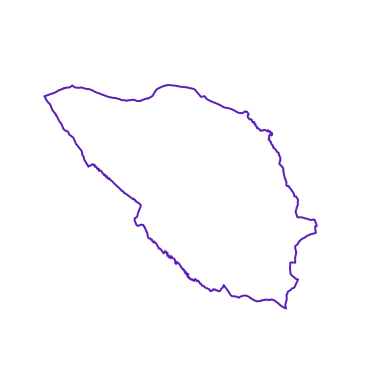 the district of Mbozi, Mbeya, United Republic of Tanzania, rotated 340°
{"feature_id": "72390352B44769786141856", "entity_name": "Mbozi", "entity_type": "district", "adm_level": 2, "iso_a3": "TZA", "parent_name": "United Republic of Tanzania", "parent_adm1": "Mbeya", "projection": "equal_earth", "projection_center": [32.882, -8.972], "detail": "fine", "context": "isolated", "style": "outline", "palette": "violet", "viewbox_px": 384, "rotation_deg": 340, "n_neighbors": 0, "source": "geoboundaries", "source_scale": "gbopen_adm2", "svg_char_len": 6075}
<svg xmlns="http://www.w3.org/2000/svg" viewBox="0 0 384 384"><g transform="rotate(340 192 192)"><path d="M228.8,95.7L222.4,91.6L217.3,89.2L212.1,86.1L206.3,83.3L202.2,82.8L199.3,82.8L194.0,83.4L191.6,85.0L187.9,88.2L182.5,89.2L181.7,88.6L176.0,88.6L174.4,88.9L171.1,87.4L169.5,85.8L168.4,85.3L164.7,84.3L161.6,83.8L160.6,83.0L157.3,81.5L155.5,79.8L154.3,79.1L152.0,77.3L150.5,76.8L146.5,74.4L144.5,72.8L135.5,65.1L133.0,62.2L130.7,60.3L128.9,59.3L128.0,59.1L123.9,56.0L120.6,55.2L118.1,53.9L116.6,52.3L116.0,51.0L112.8,51.8L108.1,50.7L108.2,50.9L101.8,50.9L97.4,51.7L86.2,51.6L86.6,55.5L87.3,58.2L88.7,61.3L88.8,67.1L90.2,71.4L90.5,73.3L90.7,73.2L91.5,79.8L92.7,84.2L92.7,88.3L92.9,89.2L93.8,90.8L95.5,92.2L96.1,93.1L96.4,96.2L99.1,100.4L99.4,107.1L100.4,109.6L100.9,111.1L100.9,111.7L102.0,114.4L102.3,117.1L101.7,119.1L102.2,122.0L101.9,123.6L101.8,124.7L103.3,132.5L104.1,132.0L105.1,132.7L107.6,131.8L108.3,132.1L108.7,133.2L109.6,133.1L109.9,134.1L109.6,135.1L110.6,135.4L110.7,137.4L111.2,138.0L111.6,137.7L112.0,137.9L112.3,138.4L112.3,138.9L111.7,139.6L111.9,140.3L112.5,140.5L112.8,140.3L113.6,140.7L114.1,141.7L114.1,143.1L115.2,144.8L115.0,145.7L115.6,146.0L115.8,146.7L116.2,146.6L116.2,147.6L116.7,148.7L117.1,148.0L117.4,148.3L117.3,149.5L117.7,150.1L117.6,150.6L118.2,151.2L118.8,150.9L119.0,152.0L119.4,152.3L119.7,153.1L120.6,154.6L122.1,158.1L125.4,164.3L125.7,165.3L126.3,166.2L126.4,166.9L127.5,167.8L128.0,169.9L129.0,170.7L134.1,178.5L134.8,178.4L135.2,179.5L135.7,179.9L135.8,181.0L136.3,181.4L136.3,182.0L136.8,182.5L137.1,183.2L138.3,184.3L139.1,186.0L139.3,186.7L139.2,187.3L138.6,188.2L134.3,193.0L132.0,196.4L131.2,196.8L129.4,196.9L128.6,198.3L128.3,199.5L128.5,201.9L128.5,203.7L129.5,205.4L132.8,205.2L134.9,206.3L135.0,207.9L135.5,208.3L135.6,208.9L135.4,210.1L135.8,212.7L135.5,213.4L135.9,214.3L135.9,216.1L135.2,218.4L135.2,219.8L135.7,220.9L137.1,221.7L137.2,222.6L137.9,222.9L138.1,223.9L137.9,224.8L138.5,225.4L138.8,226.4L139.3,226.4L139.7,226.0L140.5,227.6L141.1,229.8L141.1,231.1L141.5,232.1L141.4,233.7L142.3,233.9L143.1,235.3L144.0,238.7L144.3,239.3L144.8,239.2L144.8,239.8L145.2,239.7L146.4,238.5L146.6,238.8L146.5,239.3L146.7,239.6L147.2,239.6L147.1,240.0L147.5,241.0L147.9,241.0L147.6,241.8L147.3,241.8L147.3,242.3L147.6,242.5L147.2,243.2L148.3,243.6L148.4,243.8L147.8,245.0L148.0,245.3L148.5,245.1L148.7,246.0L149.1,246.5L150.0,245.5L150.1,245.8L150.9,245.9L150.7,247.2L151.3,247.5L152.5,248.9L152.8,250.3L151.9,253.0L152.2,253.8L152.5,254.1L152.8,253.9L153.0,253.0L154.0,252.6L154.3,252.9L154.2,253.3L154.8,254.5L155.5,255.3L155.9,258.2L156.3,258.7L156.2,259.4L156.7,260.7L157.3,261.2L157.1,262.0L157.3,262.3L157.7,262.2L157.9,262.8L157.7,264.5L157.9,264.8L158.2,264.7L158.1,265.4L158.5,265.5L158.1,265.9L158.1,266.3L158.6,267.0L158.7,267.7L158.9,267.8L159.4,267.3L159.6,267.9L159.8,267.9L160.1,267.6L160.3,267.8L160.2,268.3L159.3,268.9L158.8,269.8L159.2,270.3L159.8,270.2L159.9,270.5L159.4,271.1L159.8,271.6L159.8,272.1L160.3,272.4L160.4,272.8L160.9,272.8L161.1,273.8L161.7,274.0L162.1,274.6L162.6,274.4L163.1,275.7L163.8,275.6L164.0,276.0L164.7,275.2L164.9,275.4L165.2,275.2L165.6,276.2L166.0,276.4L166.1,276.9L166.3,276.7L166.9,277.6L167.6,277.7L167.6,278.4L168.0,279.0L168.1,280.5L169.0,281.3L169.4,283.3L170.8,284.2L171.5,286.0L172.9,287.5L174.5,288.8L175.3,290.5L175.2,291.0L175.4,291.2L176.0,291.0L176.3,291.5L177.5,291.6L178.5,290.8L179.1,290.8L179.5,291.3L180.2,291.4L181.2,292.8L181.9,292.9L182.2,293.5L183.4,294.5L184.8,294.4L186.4,293.0L188.3,292.2L189.5,290.7L190.0,290.5L191.2,294.8L191.7,295.9L193.0,302.0L193.9,303.6L197.4,305.1L199.9,307.3L201.4,306.9L203.6,306.9L205.1,307.0L207.2,307.7L209.1,309.4L211.8,313.1L213.8,315.5L215.7,316.9L218.8,317.9L220.5,317.6L221.0,317.9L223.0,318.0L223.5,318.5L224.3,318.3L225.6,318.7L226.3,319.5L227.4,319.9L228.5,320.1L228.6,319.9L230.3,320.4L232.7,322.4L233.3,323.8L234.6,325.3L235.8,327.9L237.6,330.5L239.4,332.7L240.5,333.3L240.8,330.8L241.7,328.9L243.8,326.1L244.8,323.9L245.7,320.9L247.2,319.7L247.6,318.7L251.6,317.6L252.9,316.9L255.5,316.8L261.6,310.6L260.8,309.6L259.8,309.0L259.3,307.8L257.5,305.1L256.6,302.7L257.4,299.5L258.2,296.7L260.2,292.1L261.0,292.1L264.8,293.6L266.5,288.9L269.2,284.7L270.0,278.9L270.7,278.2L273.7,277.0L275.2,275.5L278.7,273.8L283.5,273.2L284.3,272.7L288.6,272.3L294.1,272.8L294.4,272.6L295.4,267.9L296.0,266.5L297.5,266.6L297.8,265.4L297.7,260.1L296.9,259.9L296.7,259.4L293.7,258.8L291.6,256.9L289.4,255.6L288.4,254.7L286.7,253.5L283.9,252.3L283.2,252.2L282.6,251.9L282.4,251.3L282.6,246.2L283.0,245.2L284.1,244.1L284.9,242.6L287.3,240.0L287.7,238.2L288.1,237.1L288.8,236.3L289.0,235.3L288.1,231.6L286.9,231.2L286.8,230.6L287.1,228.4L286.8,227.6L286.7,226.2L285.5,222.0L285.1,221.4L285.1,219.9L284.5,219.3L283.2,218.8L283.1,217.4L283.5,216.1L284.1,215.3L284.2,214.3L283.9,213.1L284.2,211.2L284.0,210.2L284.8,204.3L285.8,200.8L285.0,197.9L284.7,197.8L283.9,196.1L283.9,195.0L285.3,192.9L285.9,192.6L286.0,191.6L286.6,190.5L286.8,189.7L286.6,189.2L286.6,187.5L286.4,187.5L286.3,187.0L286.8,185.1L286.3,184.1L285.6,183.4L285.1,180.4L283.9,178.9L283.9,178.0L283.7,177.9L283.5,177.1L283.8,176.9L283.8,176.3L283.0,173.7L283.2,172.9L283.0,172.3L283.2,171.6L282.6,170.5L282.0,168.8L282.2,168.3L283.0,168.0L283.5,165.8L284.8,164.9L285.6,165.0L286.2,166.0L286.5,165.9L287.3,164.7L287.2,164.1L286.4,164.3L286.2,163.2L285.7,162.6L286.3,162.0L286.0,161.6L285.3,161.6L284.7,161.3L284.6,160.8L284.7,160.3L284.5,160.0L283.4,160.4L281.7,158.6L279.8,158.2L279.6,158.4L278.7,157.9L277.8,158.2L276.9,157.2L276.9,156.2L276.2,154.9L275.1,154.5L275.0,153.8L275.2,153.4L275.2,152.8L274.7,152.1L274.4,150.9L274.8,149.8L273.9,149.1L273.8,148.4L274.3,147.6L273.8,147.3L273.2,147.4L272.8,147.1L272.8,145.0L272.5,144.0L270.9,143.4L270.9,142.9L270.2,141.6L270.1,140.8L270.5,139.2L271.8,138.4L271.2,135.6L270.1,135.1L269.7,134.4L266.6,135.1L264.9,134.6L263.1,133.7L261.1,131.7L258.2,128.3L255.1,125.8L251.0,123.5L249.4,121.4L246.9,118.7L240.3,112.7L237.8,109.9L236.5,106.3L233.0,105.6L229.5,96.4L228.8,95.7Z" fill="none" stroke="#5b21b6" stroke-width="2"/></g></svg>